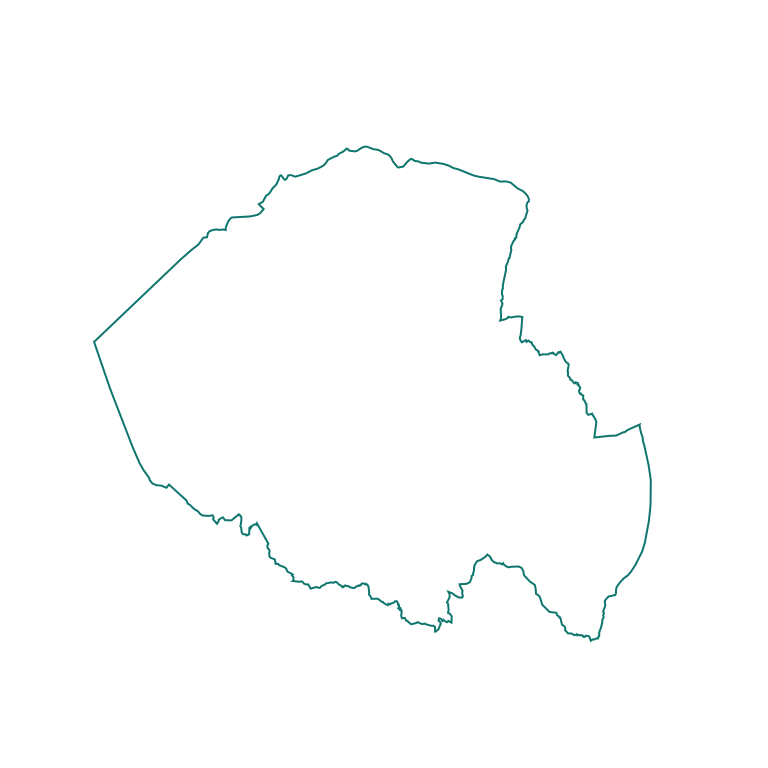 outline of Musanze, Northern, Rwanda, rotated 14°
{"feature_id": "39286606B17052688720067", "entity_name": "Musanze", "entity_type": "district", "adm_level": 2, "iso_a3": "RWA", "parent_name": "Rwanda", "parent_adm1": "Northern", "projection": "natural_earth1", "projection_center": [29.637, -1.492], "detail": "fine", "context": "isolated", "style": "outline", "palette": "teal", "viewbox_px": 768, "rotation_deg": 14, "n_neighbors": 0, "source": "geoboundaries", "source_scale": "gbopen_adm2", "svg_char_len": 6164}
<svg xmlns="http://www.w3.org/2000/svg" viewBox="0 0 768 768"><g transform="rotate(14 384 384)"><path d="M441.1,597.8L441.5,596.1L443.1,596.5L444.0,595.2L446.7,593.5L447.3,592.1L449.0,591.7L450.3,592.9L451.1,594.8L451.8,594.6L452.5,596.5L452.2,597.9L453.6,597.5L453.4,598.6L453.9,599.3L454.8,598.5L455.7,599.2L455.8,600.5L456.3,600.7L456.7,604.6L458.1,607.0L460.9,606.0L462.8,608.3L463.7,608.2L468.4,610.6L473.1,608.1L474.3,606.9L478.9,607.8L481.6,606.6L482.0,606.9L487.7,607.2L490.1,606.7L492.2,607.3L493.5,611.9L494.1,611.7L496.1,608.9L497.1,602.9L496.1,601.3L494.2,600.5L494.0,598.2L494.9,597.9L496.6,598.3L498.0,599.8L498.9,598.4L499.7,599.1L502.2,599.9L502.9,599.8L503.8,598.3L507.2,599.2L505.9,593.0L503.5,591.0L501.5,590.6L501.3,587.3L499.2,581.5L497.9,580.7L499.2,575.6L499.1,574.2L498.4,572.0L496.8,570.1L500.8,570.5L504.0,572.0L508.5,573.0L511.5,572.3L511.9,570.9L510.4,568.0L510.2,565.6L506.5,561.5L505.8,560.0L512.3,558.0L515.3,555.5L515.8,551.9L515.6,548.9L516.7,547.6L516.2,546.3L516.5,544.2L515.6,538.8L516.8,534.2L517.2,533.4L520.5,531.2L524.3,527.0L525.5,524.5L528.5,525.7L531.1,528.6L533.9,530.3L535.6,530.2L536.7,530.8L540.4,529.8L542.0,530.5L543.1,529.2L543.5,530.0L546.4,531.3L549.3,531.7L551.8,530.5L558.8,528.5L562.1,529.2L564.4,531.8L566.2,535.8L573.4,540.4L578.9,542.5L580.7,546.0L582.2,550.8L585.0,551.7L586.7,552.9L591.0,559.9L599.7,565.1L606.7,564.3L607.9,566.5L609.6,567.0L610.4,568.0L611.2,567.8L611.9,568.6L614.9,574.5L617.9,575.5L618.9,577.2L619.3,579.1L623.0,581.5L626.1,580.7L629.2,581.6L630.7,581.1L631.5,580.2L632.6,581.2L633.5,580.3L635.2,580.5L636.1,579.9L638.0,580.2L638.6,581.1L639.3,581.1L640.3,580.4L640.5,579.5L643.6,579.1L644.9,580.1L646.7,583.1L648.3,581.3L649.9,581.1L650.9,579.9L653.4,579.0L653.2,576.9L653.8,576.3L652.9,573.0L653.5,567.4L653.4,562.3L652.9,559.8L653.6,557.0L652.6,555.3L652.9,553.2L651.7,551.9L652.3,545.2L650.7,541.5L651.5,539.0L653.4,535.8L659.4,532.8L659.7,530.7L658.9,527.4L658.9,524.6L661.3,518.7L663.8,514.4L666.9,510.7L668.9,506.7L671.8,498.5L675.0,484.0L675.5,475.1L674.2,453.1L672.0,437.5L666.1,412.6L660.4,398.8L651.5,380.8L648.9,376.4L647.7,372.9L645.2,369.1L641.8,362.4L641.9,361.5L633.0,368.4L630.2,371.0L629.8,372.0L627.5,373.2L621.8,377.9L615.2,379.8L601.0,385.0L599.3,369.7L597.3,366.8L594.7,364.1L594.1,364.1L593.2,362.4L589.6,364.5L587.6,363.1L585.3,354.5L584.6,354.3L583.2,352.3L580.9,350.5L580.1,347.0L577.4,346.3L577.2,345.6L576.4,345.8L575.5,344.9L574.8,343.0L575.4,341.6L575.3,340.2L574.3,339.1L573.2,338.7L572.9,337.5L571.8,337.5L571.8,336.2L569.5,336.0L569.3,336.9L568.6,337.4L564.7,334.5L563.8,334.8L562.9,333.0L560.5,331.5L559.7,328.0L559.0,327.3L558.6,320.8L557.7,319.5L556.5,319.3L554.5,318.0L552.1,315.4L551.0,313.5L547.5,310.0L546.6,311.1L545.7,310.7L544.0,314.3L540.9,313.5L540.7,312.8L540.1,312.7L539.2,313.2L539.0,313.8L537.1,314.3L536.3,315.5L530.4,317.0L528.2,318.4L525.7,315.1L525.9,314.8L523.0,313.8L520.4,311.0L518.6,310.2L517.1,307.8L516.3,308.2L513.6,306.9L512.2,308.6L511.0,307.1L507.7,310.2L506.1,308.9L504.5,306.4L504.8,303.9L504.2,298.5L502.0,285.5L498.9,285.7L495.5,286.7L491.2,288.7L488.5,288.7L487.8,290.2L486.2,291.7L481.4,294.3L481.6,292.2L480.7,287.8L480.0,286.6L479.0,282.2L479.6,279.3L479.5,277.3L477.3,274.7L478.6,272.9L477.8,269.8L476.7,268.3L475.9,264.3L476.3,262.8L475.4,259.4L474.8,243.5L473.8,240.5L474.7,235.5L474.7,231.8L475.3,231.5L475.1,222.8L474.3,221.8L474.1,218.9L475.3,213.2L476.2,212.2L475.7,211.0L476.9,210.1L476.4,206.1L477.6,199.6L477.6,196.1L479.8,193.0L479.8,191.5L480.9,189.2L481.3,181.0L479.8,178.7L479.0,175.5L479.4,172.7L480.4,171.7L479.9,169.8L478.7,167.8L476.0,165.4L471.8,163.1L466.4,161.9L458.1,157.9L453.3,157.9L447.8,159.5L441.1,158.6L425.3,160.0L420.6,160.0L403.8,157.7L399.2,157.7L393.7,156.4L388.0,156.1L380.1,156.8L374.6,159.2L366.6,160.3L363.2,159.7L360.0,160.1L356.5,158.9L355.4,159.3L353.0,162.5L350.1,168.4L345.8,170.4L344.7,170.3L338.9,166.0L336.8,163.2L334.2,161.1L331.7,160.2L328.5,160.1L321.9,158.2L317.1,158.7L310.3,157.9L307.9,158.3L305.0,160.3L301.7,164.1L299.6,165.3L293.9,166.0L291.9,164.7L290.8,164.6L288.1,168.5L284.3,171.8L283.2,174.0L280.9,175.3L275.5,180.0L273.5,185.0L272.0,187.1L267.6,191.0L262.4,194.1L257.1,198.7L247.8,204.3L243.3,203.8L240.6,204.7L239.8,208.5L239.0,209.6L237.9,209.8L234.1,206.6L233.0,206.6L232.2,208.8L232.5,210.2L231.2,216.6L228.6,220.9L226.6,227.0L224.0,230.0L222.4,236.4L219.0,239.8L224.9,243.4L222.5,248.2L220.1,250.6L213.9,253.7L196.2,259.2L195.2,260.2L193.6,263.5L192.6,270.2L193.2,272.9L191.1,272.9L186.3,274.5L184.1,274.5L180.8,275.9L177.9,277.9L176.7,280.1L176.7,284.5L173.7,285.5L173.0,286.4L170.3,293.4L164.9,300.3L156.9,311.8L92.5,413.3L119.3,454.7L155.2,505.8L165.8,519.7L171.3,525.5L178.9,532.0L179.7,533.7L183.4,536.6L187.6,537.2L192.6,536.5L198.0,537.3L199.7,533.6L220.5,544.8L222.6,547.6L224.7,548.1L229.9,551.2L234.2,552.5L237.0,554.5L239.8,555.5L246.3,554.3L249.4,552.8L250.6,553.9L251.1,555.6L250.8,556.2L251.4,557.0L255.8,560.0L256.8,556.7L256.5,555.7L259.2,552.8L259.9,552.4L262.8,554.6L269.0,553.2L274.6,545.6L275.6,546.4L276.4,546.3L277.9,548.0L278.7,551.4L279.1,556.9L280.2,558.0L281.7,562.2L283.4,563.8L286.7,563.4L287.2,564.2L289.5,562.5L288.2,556.2L288.6,555.5L289.3,556.6L290.2,553.6L292.9,551.2L294.4,551.5L294.5,550.0L310.5,567.0L309.9,568.8L310.0,569.4L311.1,571.7L312.7,572.5L313.4,573.6L313.4,575.6L314.6,579.1L316.2,580.1L320.5,580.6L322.0,583.6L321.9,584.3L322.5,584.7L324.9,584.1L325.8,585.1L332.3,586.0L334.0,587.1L335.6,589.3L341.6,590.9L341.1,592.1L343.0,593.5L343.4,595.9L343.9,596.6L343.3,597.2L349.1,596.5L352.2,595.4L354.8,597.1L357.2,597.3L358.9,596.8L362.4,600.3L367.4,597.3L369.7,597.6L371.2,597.2L372.3,595.1L375.1,593.0L375.8,591.6L380.7,589.3L383.2,589.1L384.3,587.9L385.8,587.7L388.8,589.4L391.7,590.2L392.8,591.3L393.9,590.7L393.9,589.9L395.3,588.7L395.9,589.1L398.6,588.8L400.1,589.5L403.5,589.4L404.8,588.9L406.4,586.8L408.2,586.1L408.4,585.4L409.2,585.5L410.1,584.9L410.3,583.8L411.1,582.7L412.8,582.5L414.6,583.0L415.1,582.2L416.8,583.1L418.1,584.7L420.1,589.9L420.2,591.8L422.1,593.2L423.9,595.5L429.9,593.8L434.7,595.9L435.9,595.8L436.5,596.5L441.1,597.8Z" fill="none" stroke="#0f766e" stroke-width="2"/></g></svg>